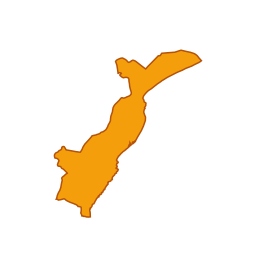 Aceh Selatan, Aceh, Indonesia (Albers equal-area conic projection), rotated 247°
{"feature_id": "22746128B12428400263117", "entity_name": "Aceh Selatan", "entity_type": "district", "adm_level": 2, "iso_a3": "IDN", "parent_name": "Indonesia", "parent_adm1": "Aceh", "projection": "albers", "projection_center": [97.405, 3.07], "detail": "fine", "context": "isolated", "style": "filled", "palette": "amber", "viewbox_px": 256, "rotation_deg": 247, "n_neighbors": 0, "source": "geoboundaries", "source_scale": "gbopen_adm2", "svg_char_len": 5650}
<svg xmlns="http://www.w3.org/2000/svg" viewBox="0 0 256 256"><g transform="rotate(247 128 128)"><path d="M61.1,57.9L60.9,58.6L65.1,60.2L65.3,60.2L65.9,60.4L66.5,60.4L67.3,60.7L68.2,61.1L68.4,61.4L68.2,61.7L68.4,62.0L68.5,62.0L68.8,61.8L69.1,62.0L69.4,63.2L69.8,64.0L70.3,64.4L71.0,64.9L71.5,65.3L71.7,66.2L71.6,67.0L72.0,67.4L72.6,68.3L73.1,68.7L74.4,70.5L74.8,70.9L75.5,71.8L75.6,72.3L76.0,73.2L76.4,73.6L76.4,73.8L76.0,74.0L76.0,74.4L76.1,74.5L76.3,74.5L76.6,74.2L76.9,74.2L77.1,74.4L77.1,75.1L77.2,75.8L77.8,76.1L77.9,76.5L77.5,77.2L77.6,77.5L77.8,78.0L78.5,78.4L79.0,78.4L79.0,78.6L78.8,79.0L78.9,79.4L78.8,79.6L78.9,79.9L79.4,80.3L79.6,80.3L79.8,80.6L80.1,80.8L80.2,81.1L80.1,81.4L80.2,81.5L80.4,81.5L80.5,81.6L80.9,82.1L80.8,82.4L80.9,82.7L80.8,82.8L81.5,83.3L82.0,83.9L82.7,85.0L83.0,85.3L83.4,86.0L83.4,86.3L83.8,86.6L83.9,87.0L84.0,87.3L84.3,87.4L84.8,87.2L84.4,87.4L84.3,87.7L85.0,87.9L85.0,88.1L85.2,88.3L85.6,88.2L86.1,88.8L86.1,89.6L85.9,90.2L86.0,91.5L86.7,92.2L86.6,93.1L87.0,93.6L87.7,93.6L88.6,94.3L89.2,95.1L90.1,97.4L91.0,98.3L91.1,98.7L91.0,99.4L91.1,99.8L92.0,100.2L92.3,100.7L92.3,101.5L92.7,101.9L93.0,102.3L93.4,102.5L93.7,102.8L94.0,102.7L94.3,102.2L95.2,102.0L95.3,101.9L95.4,101.4L95.7,101.3L96.2,101.9L96.3,102.6L97.0,103.1L97.3,103.1L97.7,102.8L98.2,102.8L98.6,103.0L99.3,103.7L99.9,103.9L99.9,104.0L99.7,104.3L99.7,104.7L100.0,105.3L100.2,105.5L101.1,105.5L101.3,105.4L101.9,104.9L102.4,105.0L103.0,104.9L104.1,106.1L104.9,107.1L105.7,108.4L105.8,108.4L105.8,108.7L106.0,109.0L106.2,109.7L106.6,110.2L106.9,111.1L107.4,111.9L107.6,112.9L108.1,113.9L108.6,116.4L109.0,117.2L108.9,117.5L109.2,117.9L109.6,119.6L110.4,121.8L110.6,122.1L110.8,122.0L110.9,121.6L111.0,121.5L111.3,121.9L112.2,122.7L112.5,123.8L113.4,123.9L113.6,124.0L112.5,124.1L112.0,124.4L112.0,124.0L112.2,123.5L112.0,123.1L111.7,122.9L111.4,122.9L111.3,123.2L111.3,123.3L111.6,123.4L111.9,123.7L111.5,123.7L111.1,123.4L110.9,123.0L110.7,122.7L111.9,126.3L112.7,126.2L113.2,126.9L113.3,127.3L113.2,127.4L112.6,127.4L112.3,127.3L112.3,127.5L112.5,127.9L112.9,128.6L113.1,129.1L113.4,129.3L113.5,129.5L113.4,129.8L113.4,130.1L115.9,133.2L120.4,139.3L123.7,142.9L127.1,146.0L128.1,146.9L131.2,148.4L133.4,148.4L136.0,148.6L136.7,148.8L138.3,149.9L139.1,150.8L139.3,151.3L139.8,151.3L140.1,151.1L140.3,151.2L140.5,151.5L141.6,153.1L142.8,153.6L143.2,153.9L143.3,154.0L144.0,154.2L144.5,154.1L145.3,153.3L145.8,153.1L146.3,153.2L147.3,153.5L147.6,153.5L149.0,153.3L149.5,153.3L149.9,153.5L151.3,154.8L151.3,154.6L152.9,157.5L153.9,159.8L154.5,161.5L155.0,164.7L157.1,172.2L157.9,176.4L158.3,177.6L158.5,179.4L159.0,182.4L159.3,184.7L160.0,194.8L160.0,200.8L160.2,202.9L160.3,204.4L160.1,211.0L160.4,214.0L160.6,218.7L160.9,220.8L161.3,221.9L162.1,221.6L164.4,220.8L167.4,220.0L168.6,219.4L170.2,218.4L171.1,217.5L173.2,215.1L176.4,210.6L178.9,207.2L179.5,200.6L181.6,194.4L183.6,188.3L183.6,188.2L182.1,186.0L182.6,184.0L182.5,183.8L179.8,177.4L177.3,171.3L176.6,169.6L176.1,168.8L175.5,167.3L178.7,165.4L185.6,161.6L187.0,160.7L188.0,159.7L188.5,159.0L188.5,157.2L188.1,156.5L188.1,155.9L188.1,154.4L188.2,154.2L188.5,154.0L189.2,153.6L190.6,153.2L192.1,152.4L193.7,151.0L194.3,150.6L194.7,150.0L195.0,148.7L195.1,148.0L195.1,145.6L194.9,144.0L194.6,143.3L194.0,142.5L192.6,142.5L190.1,142.3L183.1,140.5L182.2,140.2L182.1,140.4L182.3,140.8L182.3,141.1L182.0,142.4L181.0,143.2L180.8,143.2L180.6,142.8L180.2,141.5L180.0,141.2L179.7,141.2L179.2,141.3L176.9,142.5L176.3,143.1L175.9,143.7L175.8,144.9L175.4,145.9L175.0,146.8L173.9,147.8L173.3,147.9L172.2,147.8L170.8,147.2L168.2,146.6L165.6,145.8L163.4,145.4L159.9,145.0L159.1,144.8L158.3,144.3L157.9,144.0L157.2,142.6L157.0,141.4L157.1,138.7L157.0,138.2L157.0,136.7L157.2,135.7L158.1,134.5L158.3,134.1L158.3,133.6L158.2,133.1L157.0,130.9L155.6,127.5L155.2,126.3L154.5,124.8L153.8,123.7L152.7,122.4L152.2,122.0L151.4,121.5L150.4,120.8L149.0,120.0L147.8,118.9L145.6,116.9L143.3,115.5L142.2,115.0L141.3,114.4L140.1,113.1L138.5,111.0L136.9,109.5L135.4,107.5L135.0,106.8L134.4,104.2L134.3,103.5L134.5,102.2L134.5,101.2L134.4,100.8L134.1,100.4L133.9,99.8L134.0,98.3L134.0,97.9L134.2,96.8L134.1,95.9L134.7,93.0L134.8,91.7L134.1,90.7L132.5,87.4L130.0,81.9L128.0,79.1L126.3,77.4L124.4,74.8L124.4,74.5L126.6,70.8L130.3,65.2L131.9,62.7L132.4,62.4L133.3,62.4L135.6,62.0L135.9,61.8L136.3,61.1L136.3,60.2L136.1,59.6L135.0,58.9L134.7,58.6L134.2,57.8L134.1,56.8L134.1,55.8L134.0,55.4L133.3,54.1L133.3,52.1L133.0,51.2L132.7,50.7L132.3,50.1L131.6,49.6L130.5,49.2L129.0,49.0L128.9,49.1L128.4,49.8L127.9,50.5L127.3,51.1L126.0,51.6L125.2,51.7L124.7,51.5L123.5,50.2L123.0,49.8L121.9,48.8L121.6,48.7L120.8,48.6L120.3,48.8L120.1,49.0L119.1,50.6L118.8,50.8L118.5,51.0L116.9,51.2L116.7,51.3L115.8,52.1L115.0,52.6L111.0,54.2L110.1,54.5L110.0,54.4L110.0,53.5L109.8,52.6L109.0,50.5L108.6,48.9L108.2,47.9L108.0,47.7L107.4,47.3L105.7,47.1L103.1,45.2L99.5,42.9L97.3,40.9L95.8,38.9L93.7,36.7L91.5,35.1L90.5,34.1L90.1,35.0L88.9,35.7L88.3,38.0L87.9,41.0L87.7,41.5L87.5,41.8L87.0,42.2L85.8,42.7L85.1,43.2L84.0,44.1L82.0,45.9L80.3,47.8L77.7,50.3L76.5,51.1L76.0,51.2L75.3,51.3L74.9,52.1L73.9,53.5L73.4,53.8L72.7,53.7L72.0,53.3L71.1,53.1L69.3,52.1L68.7,51.6L67.8,51.3L66.8,51.4L65.0,51.2L64.8,51.6L64.7,52.1L64.4,52.2L64.0,52.6L63.7,53.1L63.5,53.8L62.9,54.4L62.2,55.3L61.9,56.0L61.5,56.7L61.2,57.8L61.1,57.9ZM113.1,127.3L113.1,126.9L112.6,126.4L112.2,126.4L112.0,126.6L112.2,127.2L113.0,127.4L113.1,127.3ZM113.0,129.7L113.1,129.3L112.8,128.9L112.3,127.9L112.1,127.8L112.7,129.4L112.9,129.7L113.0,129.7ZM111.4,122.4L111.0,122.2L110.8,122.3L111.0,122.6L111.2,122.4L111.4,122.5L111.4,122.4Z" fill="#f59e0b" stroke="#b45309" stroke-width="1.5"/></g></svg>